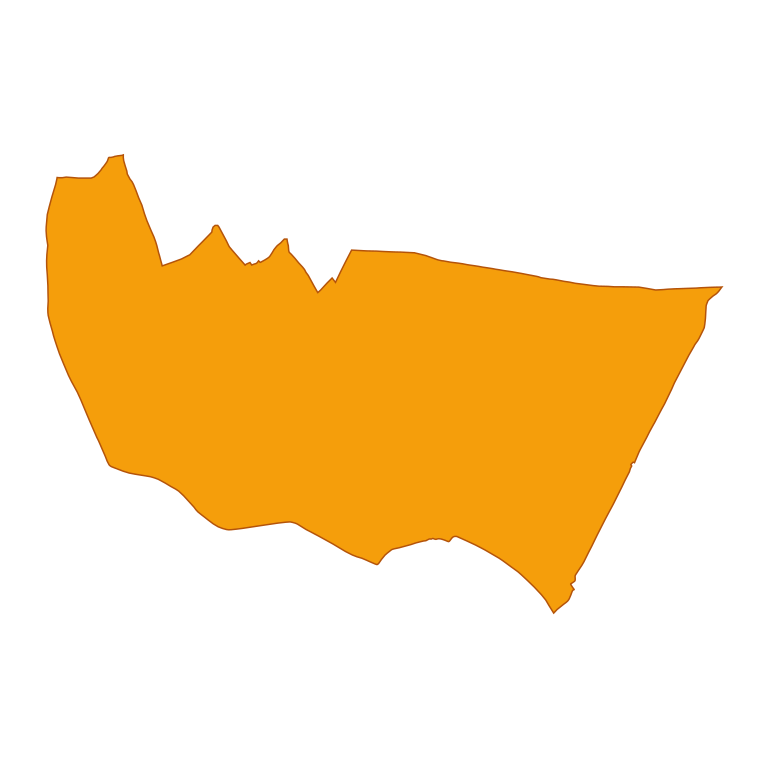 Thanh Binh, Ðong Tháp, Vietnam
{"feature_id": "81297802B14212334557839", "entity_name": "Thanh Binh", "entity_type": "district", "adm_level": 2, "iso_a3": "VNM", "parent_name": "Vietnam", "parent_adm1": "Ðong Tháp", "projection": "albers", "projection_center": [105.482, 10.61], "detail": "fine", "context": "isolated", "style": "filled", "palette": "amber", "viewbox_px": 768, "rotation_deg": 0, "n_neighbors": 0, "source": "geoboundaries", "source_scale": "gbopen_adm2", "svg_char_len": 5745}
<svg xmlns="http://www.w3.org/2000/svg" viewBox="0 0 768 768"><path d="M553.7,613.1L555.8,610.9L557.1,609.5L560.7,606.6L563.7,604.2L566.0,602.5L567.6,601.1L568.9,599.4L569.3,598.6L569.9,597.2L570.8,595.1L572.2,591.3L572.7,590.5L573.1,590.1L573.9,589.7L574.1,589.6L574.1,589.3L573.7,588.9L572.1,586.6L571.0,584.8L570.7,584.3L570.7,584.0L570.8,583.8L571.8,583.2L574.1,581.6L574.8,581.0L575.1,580.3L575.2,579.5L575.2,578.5L575.1,577.0L575.1,576.1L575.2,575.6L575.6,574.8L578.3,570.6L581.8,565.4L583.9,561.8L588.6,552.3L591.8,546.1L595.1,539.3L597.3,534.8L603.2,523.2L605.5,518.7L609.6,511.0L612.4,505.8L613.6,503.5L616.8,497.1L621.0,488.7L621.7,487.3L625.0,480.4L625.8,478.8L629.4,471.8L630.4,468.4L631.7,466.0L630.9,464.8L630.9,464.5L631.3,464.0L632.6,462.6L633.1,462.2L633.5,462.2L634.5,462.7L639.1,451.8L640.4,449.2L646.6,437.6L649.4,432.0L653.6,424.3L654.1,423.5L654.6,422.6L659.4,413.4L661.4,409.6L664.6,403.8L668.6,395.5L671.6,389.3L673.3,385.4L674.5,382.7L677.8,376.4L681.6,369.1L684.1,364.3L685.3,362.0L688.8,355.3L691.8,350.1L693.7,346.8L694.8,344.7L695.8,343.3L697.7,340.7L699.1,338.3L700.9,334.7L703.1,330.2L704.1,328.0L704.3,327.3L704.8,324.1L705.4,318.8L705.6,315.4L705.8,311.3L706.0,308.5L706.1,306.3L706.3,305.1L706.8,303.7L707.8,301.1L708.0,300.6L708.5,300.1L709.7,298.9L712.1,296.8L713.3,295.8L715.1,294.6L716.4,293.7L717.0,293.1L717.9,292.2L719.1,290.8L720.9,288.3L721.9,287.0L720.6,287.1L715.0,287.2L708.8,287.4L700.2,287.8L696.1,288.1L686.9,288.4L679.2,288.7L675.3,288.8L667.7,289.2L663.0,289.6L655.7,290.0L646.8,288.4L638.8,287.1L622.1,286.8L614.2,286.8L608.1,286.4L599.9,286.2L599.0,286.2L596.2,285.9L593.2,285.6L582.5,284.2L575.3,283.3L569.4,282.1L564.4,281.4L556.1,279.8L553.0,279.3L550.0,279.1L541.0,277.7L538.8,276.9L536.8,276.4L531.1,275.3L530.5,275.2L528.9,274.9L521.2,273.4L518.9,273.0L512.2,271.8L506.7,271.0L503.4,270.5L499.4,269.8L496.7,269.4L495.4,269.2L494.5,269.0L492.4,268.6L485.2,267.5L483.0,267.2L478.7,266.4L474.2,265.7L469.9,265.1L467.3,264.7L462.7,263.8L458.0,263.1L452.1,262.4L450.5,262.2L448.4,261.8L443.4,260.9L442.1,260.8L440.7,260.5L438.4,260.0L436.5,259.4L434.3,258.6L431.3,257.5L429.2,256.8L425.9,255.6L416.6,253.3L415.5,253.1L414.8,252.8L414.7,252.8L400.7,252.1L395.6,252.0L390.0,251.8L383.3,251.5L376.3,251.1L366.5,250.9L351.6,250.1L345.8,261.3L340.8,271.3L335.5,282.4L332.1,278.0L327.1,283.0L323.7,286.7L320.6,290.1L317.8,292.6L317.3,291.8L314.0,286.0L308.4,275.7L307.8,274.8L306.0,272.4L304.5,269.5L302.6,267.1L298.6,262.8L295.0,258.4L292.3,255.4L291.0,254.0L289.5,252.6L289.1,252.0L288.9,251.4L288.7,250.4L288.3,245.5L287.9,244.1L287.3,241.2L287.0,239.1L284.3,239.1L282.5,241.0L280.8,242.8L277.3,245.6L275.9,247.2L274.0,249.6L272.3,252.5L270.1,255.9L269.2,257.0L267.5,258.3L264.6,260.1L262.0,261.5L260.6,262.3L260.3,262.4L260.2,262.4L258.6,260.8L257.4,262.4L256.7,263.1L256.1,263.5L254.1,264.1L251.7,265.0L250.0,262.5L246.3,264.1L245.1,265.1L244.1,263.9L240.1,259.4L237.0,255.8L231.8,249.8L229.4,246.9L228.7,245.7L226.4,240.9L218.9,226.9L217.7,225.4L215.1,225.4L213.1,227.1L212.1,229.9L211.8,232.1L202.6,241.6L198.6,245.6L194.2,250.2L189.8,254.8L187.7,255.8L181.4,259.0L172.4,262.3L162.2,265.9L161.7,263.9L160.8,260.7L159.5,255.7L158.6,252.7L156.8,245.5L155.6,241.6L153.9,236.9L150.9,230.2L146.9,220.7L144.4,213.6L141.9,205.2L138.7,197.9L136.1,190.9L133.6,184.7L132.1,181.8L130.0,179.1L127.3,174.1L126.8,171.0L126.4,169.7L125.1,165.6L123.7,160.7L123.3,157.6L123.3,154.9L121.8,155.4L120.7,155.5L117.5,155.9L116.0,156.2L114.7,156.4L113.5,156.9L111.1,157.4L109.1,157.4L108.5,157.9L107.9,159.7L107.7,160.2L107.3,161.3L105.9,163.4L103.7,166.4L102.3,168.0L100.9,170.1L98.0,173.5L95.9,175.4L94.0,177.0L92.4,177.6L91.2,178.1L89.7,178.1L78.6,178.1L71.5,177.5L66.2,177.1L62.3,177.7L59.1,177.7L57.1,177.5L57.0,178.3L56.4,181.1L55.6,184.6L51.8,197.2L49.3,206.5L47.3,214.5L46.2,226.9L46.1,230.7L46.5,236.5L47.1,240.9L47.8,245.4L46.9,254.4L46.6,260.7L46.7,267.0L47.3,274.9L47.8,284.0L47.9,285.6L48.0,292.9L48.2,301.1L47.8,308.6L47.9,312.6L48.2,315.5L48.5,316.7L48.8,318.0L50.1,323.2L52.4,331.2L53.5,335.6L55.0,340.5L57.1,346.9L59.5,353.8L63.8,364.3L68.5,375.4L71.5,381.5L77.3,392.1L80.8,399.8L86.8,414.2L89.3,420.1L96.8,437.3L98.6,440.9L105.2,456.1L106.5,459.4L107.1,461.0L108.5,463.7L108.7,464.1L109.3,465.1L110.1,465.8L111.3,466.6L115.6,468.3L123.2,471.2L126.8,472.3L129.0,473.0L135.2,474.2L141.4,475.2L145.2,475.8L150.4,476.7L154.2,477.8L158.3,479.3L165.1,483.0L170.9,486.5L175.5,489.0L178.7,491.1L183.7,495.8L193.9,507.0L195.9,509.7L197.9,511.9L201.5,514.8L204.5,517.1L207.9,519.8L213.2,523.8L218.2,526.8L222.7,528.5L225.7,529.3L226.4,529.5L228.6,529.8L231.1,529.7L236.7,529.1L242.3,528.4L261.5,525.5L277.8,523.1L285.7,522.2L290.1,521.9L292.2,522.3L295.1,523.1L297.3,524.0L306.1,529.5L318.7,536.1L332.8,543.9L345.5,551.5L352.4,555.0L357.0,556.8L361.8,558.2L366.5,560.2L369.8,561.7L374.9,563.9L376.6,564.5L377.2,564.5L377.7,564.3L378.7,563.4L381.5,559.4L385.0,555.1L387.4,553.0L391.7,549.6L392.6,549.3L393.8,548.9L399.4,547.7L410.8,544.6L415.9,542.9L419.8,541.9L423.5,541.0L425.9,540.7L428.4,539.4L429.1,539.1L429.9,538.9L430.3,538.9L430.6,539.0L430.8,539.1L431.1,539.1L431.4,539.0L432.6,538.5L432.9,538.5L433.5,538.6L434.0,538.9L434.4,539.0L435.1,539.2L435.7,539.3L436.1,539.3L437.1,539.0L438.1,538.8L438.9,538.7L439.6,538.8L441.1,539.0L443.1,539.6L445.1,540.3L447.0,541.1L448.4,541.6L448.7,541.6L449.3,541.3L450.0,540.5L451.2,538.9L452.1,537.8L452.8,537.2L453.6,536.7L454.8,536.4L456.0,536.4L456.9,536.5L460.7,538.2L466.3,540.7L470.8,542.8L475.5,545.0L481.1,547.9L485.4,550.2L493.1,554.7L499.1,558.2L502.8,560.7L509.2,565.4L511.9,567.4L516.5,570.7L518.1,571.9L521.4,574.8L527.7,580.7L534.3,587.1L541.5,594.8L545.8,600.1L548.9,605.4L553.7,613.1Z" fill="#f59e0b" stroke="#b45309" stroke-width="1.5"/></svg>